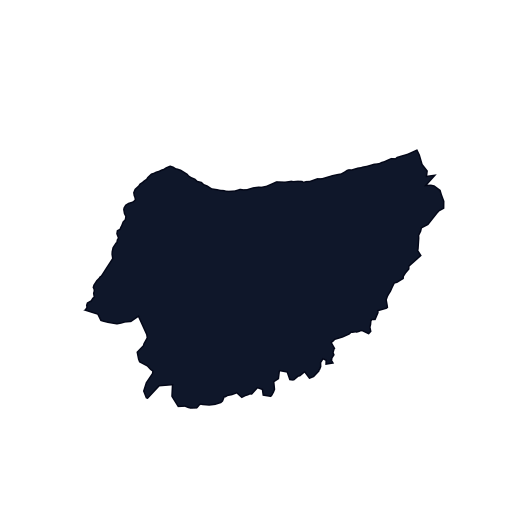 the district of Wase, Plateau, Nigeria, rotated 215°
{"feature_id": "59680162B1443452948914", "entity_name": "Wase", "entity_type": "district", "adm_level": 2, "iso_a3": "NGA", "parent_name": "Nigeria", "parent_adm1": "Plateau", "projection": "robinson", "projection_center": [10.242, 9.037], "detail": "fine", "context": "isolated", "style": "filled", "palette": "ink", "viewbox_px": 512, "rotation_deg": 215, "n_neighbors": 0, "source": "geoboundaries", "source_scale": "gbopen_adm2", "svg_char_len": 3986}
<svg xmlns="http://www.w3.org/2000/svg" viewBox="0 0 512 512"><g transform="rotate(215 256 256)"><path d="M364.9,113.7L352.2,117.7L346.1,114.3L343.9,115.0L339.2,116.8L331.0,120.7L328.1,123.7L325.6,126.8L321.0,130.6L317.8,139.3L300.5,129.1L299.7,128.3L298.1,126.6L297.4,119.9L296.7,118.0L298.1,109.1L293.0,104.2L290.6,102.6L281.9,103.7L277.3,102.7L274.4,102.6L273.3,100.4L273.1,89.3L270.5,81.0L264.5,77.0L263.3,77.3L260.9,94.2L250.5,102.8L250.0,101.8L244.5,93.1L244.2,92.8L233.4,88.2L228.1,92.3L224.6,93.1L222.3,94.0L217.5,97.6L217.3,98.7L217.1,101.6L216.4,103.0L214.5,103.8L208.9,107.1L204.5,111.0L200.8,115.8L200.3,118.0L201.4,122.5L200.4,123.1L199.4,125.4L196.3,128.6L193.6,132.5L193.5,133.0L192.0,132.8L186.6,132.1L184.6,135.8L184.4,136.0L183.2,137.5L182.1,139.4L180.4,140.5L179.3,149.0L174.2,150.4L170.3,146.2L163.5,149.5L163.3,150.9L163.7,154.6L164.4,157.4L169.4,163.2L167.3,168.4L170.7,174.7L170.7,175.8L163.9,178.9L157.4,174.2L154.9,175.5L154.0,176.4L152.6,181.8L151.4,183.1L149.8,189.1L142.1,186.6L139.7,190.3L138.6,197.8L139.1,199.1L138.9,199.7L139.6,202.5L142.0,205.8L142.2,210.3L138.7,210.8L136.6,207.6L131.6,212.5L134.9,214.0L134.7,214.7L135.4,216.0L135.5,219.7L137.5,221.0L138.8,224.6L138.7,225.3L144.8,228.2L143.9,231.3L143.9,232.7L138.7,239.3L135.0,245.5L134.4,248.3L133.6,248.6L130.9,251.1L130.0,251.4L128.5,253.2L127.4,255.0L125.9,255.9L119.2,257.0L118.8,260.1L121.9,263.0L122.9,265.6L124.6,268.5L124.8,270.3L122.1,272.3L123.6,279.5L124.9,281.1L119.3,288.0L118.9,289.3L120.4,290.9L124.3,294.8L125.3,298.4L125.6,301.3L125.7,304.1L126.1,306.2L126.5,308.1L127.3,313.2L125.5,315.3L122.6,322.0L123.7,323.8L123.9,327.7L123.4,333.0L125.0,335.3L121.3,350.9L126.8,353.2L127.3,354.6L133.0,364.0L134.7,366.2L135.4,370.7L136.7,373.9L133.3,380.4L132.4,395.9L132.2,396.7L132.2,397.7L129.7,402.8L133.6,408.5L139.5,412.6L142.9,415.3L150.3,415.5L153.4,414.2L157.5,411.0L155.8,424.7L162.0,418.9L164.6,423.8L172.5,426.2L180.1,432.3L184.9,435.0L188.3,429.2L190.0,426.4L191.7,424.2L193.5,422.0L194.3,421.0L194.4,420.9L195.2,419.8L196.9,417.7L197.4,415.6L201.0,413.3L203.2,409.7L204.9,406.8L206.7,404.6L207.8,402.5L210.1,400.3L211.9,398.8L213.6,396.6L215.3,394.5L216.5,393.0L219.4,390.1L220.5,388.6L222.9,386.4L223.5,385.6L224.0,385.0L225.2,383.5L226.9,381.3L228.4,380.4L229.3,379.8L230.4,378.4L230.5,378.1L231.5,375.5L232.4,373.7L233.2,372.0L235.5,369.8L239.6,365.4L240.7,363.9L242.5,361.7L245.9,357.4L247.7,355.9L250.0,354.4L250.2,354.1L253.5,349.4L254.6,347.9L257.5,345.7L259.3,343.5L261.1,343.4L264.6,341.1L268.1,338.2L269.9,337.4L272.2,335.2L274.6,333.0L281.6,328.5L281.7,328.4L283.4,325.5L285.1,322.7L287.3,319.1L290.8,315.4L293.2,313.9L294.9,312.4L297.3,310.2L298.4,308.8L299.6,307.3L301.3,305.1L304.2,302.9L307.2,301.4L308.3,299.9L310.6,297.0L315.3,293.3L317.7,291.8L319.4,291.2L320.1,290.9L321.1,290.3L322.5,289.4L324.2,288.6L324.8,288.4L326.0,287.9L330.8,285.5L332.6,285.4L336.2,285.3L339.8,284.4L342.9,284.9L344.2,284.4L347.0,283.3L350.1,283.8L354.3,282.9L357.3,282.8L359.2,283.4L363.4,283.2L367.0,283.0L367.9,282.7L368.6,282.5L370.0,282.1L371.8,281.3L374.8,281.2L377.8,280.3L380.1,276.7L381.2,273.9L382.4,272.5L384.0,269.6L385.8,267.4L387.0,265.1L388.6,263.1L389.6,258.2L389.5,256.1L390.6,253.2L391.1,251.1L392.2,248.3L392.1,246.2L393.2,241.3L392.4,237.8L390.5,235.8L388.6,234.5L387.0,232.9L387.3,230.9L387.9,229.3L390.5,226.0L391.8,222.9L391.6,219.8L390.9,218.2L389.5,216.8L388.0,215.3L385.3,213.9L383.8,210.8L384.3,207.7L383.4,204.1L383.2,203.1L383.2,202.2L382.6,200.0L384.0,197.2L382.7,194.5L378.9,191.9L378.8,189.8L377.5,186.9L378.0,186.3L377.9,183.2L377.8,180.8L376.2,177.0L374.8,174.8L371.9,171.8L371.8,169.5L371.6,164.1L371.5,161.0L371.4,158.6L371.3,156.3L371.2,154.0L371.1,150.9L371.7,149.3L371.6,147.8L372.2,144.6L372.1,142.3L372.0,139.2L371.2,136.9L369.8,136.2L368.6,134.9L368.4,134.7L367.6,132.4L364.8,129.5L365.4,127.9L365.3,126.3L365.2,124.8L367.1,120.8L366.4,118.5L364.9,117.0L364.8,113.9L364.9,113.7Z" fill="#0f172a" stroke="#020617" stroke-width="1.5"/></g></svg>